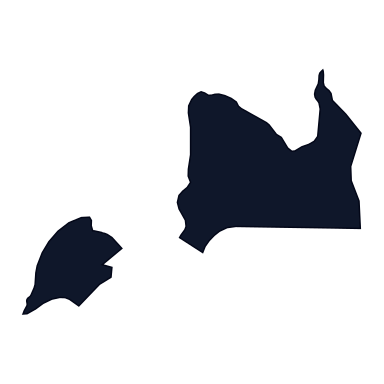 the Province of Misamis Oriental
{"feature_id": "PHL-2595", "entity_name": "Misamis Oriental", "entity_type": "Province", "adm_level": 1, "iso_a3": "PHL", "parent_name": "Philippines", "parent_adm1": "", "projection": "albers", "projection_center": [124.782, 8.703], "detail": "fine", "context": "isolated", "style": "filled", "palette": "ink", "viewbox_px": 384, "rotation_deg": 0, "n_neighbors": 0, "source": "natural_earth", "source_scale": "10m", "svg_char_len": 1580}
<svg xmlns="http://www.w3.org/2000/svg" viewBox="0 0 384 384"><path d="M179.6,237.6L180.9,235.2L184.9,229.7L186.1,226.4L185.4,220.2L179.1,209.0L177.4,202.4L179.0,195.4L182.8,191.1L187.2,187.5L190.6,182.3L188.2,176.1L188.4,169.1L190.6,154.8L190.6,127.3L188.4,112.9L188.7,105.8L191.7,99.5L194.2,96.5L197.5,93.5L201.1,91.8L204.7,93.0L208.4,95.3L211.6,95.2L214.9,94.3L218.9,94.1L224.8,95.6L231.2,98.4L236.3,102.0L238.4,106.2L241.3,108.6L266.5,122.7L269.1,124.9L276.4,134.4L281.3,137.4L287.7,148.0L291.8,151.3L294.9,151.0L301.9,146.8L308.8,144.4L314.2,141.3L317.7,136.4L320.2,109.0L319.0,102.9L317.8,101.0L316.3,99.2L315.1,97.1L314.6,94.1L315.3,90.2L318.3,83.8L318.9,79.7L319.1,75.5L319.8,73.1L321.5,71.2L322.8,70.0L323.2,71.2L323.5,74.9L323.3,82.6L324.1,86.0L326.3,88.4L329.0,90.6L331.0,93.4L332.4,100.4L345.8,114.2L361.0,133.2L350.7,166.4L351.2,180.7L359.0,201.0L360.3,228.4L331.8,227.9L331.7,227.9L235.8,226.4L227.1,227.6L219.1,231.4L219.1,231.5L214.2,235.4L209.2,240.6L205.1,246.4L202.7,252.5L179.6,237.6ZM23.0,314.0L23.1,313.8L24.2,310.8L27.0,305.6L27.2,304.2L26.7,300.9L27.0,299.4L27.9,298.1L30.2,296.4L31.1,294.9L34.1,288.0L35.1,284.6L35.9,272.7L37.2,265.8L42.3,252.7L48.9,241.7L58.0,231.2L69.0,222.7L81.4,217.6L89.5,217.2L91.4,220.5L91.2,225.7L92.7,230.8L94.3,230.9L101.7,232.5L102.4,233.0L104.6,233.4L107.3,234.5L112.0,237.6L121.8,248.4L102.2,264.7L111.9,267.4L111.0,277.2L99.5,284.3L78.8,305.9L69.5,299.3L65.2,297.6L59.8,297.4L51.9,299.1L43.2,303.3L42.1,304.1L35.3,309.1L35.2,309.1L27.1,313.7L23.1,314.0L23.0,314.0Z" fill="#0f172a" stroke="#020617" stroke-width="1.5"/></svg>